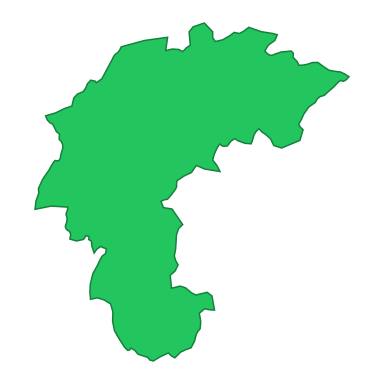 the Province of North Chungcheong
{"feature_id": "KOR-2494", "entity_name": "North Chungcheong", "entity_type": "Province", "adm_level": 1, "iso_a3": "KOR", "parent_name": "South Korea", "parent_adm1": "", "projection": "mercator", "projection_center": [127.84, 36.597], "detail": "fine", "context": "isolated", "style": "filled", "palette": "green", "viewbox_px": 384, "rotation_deg": 0, "n_neighbors": 0, "source": "natural_earth", "source_scale": "10m", "svg_char_len": 2774}
<svg xmlns="http://www.w3.org/2000/svg" viewBox="0 0 384 384"><path d="M96.3,82.7L101.8,78.9L112.2,59.5L113.3,57.1L114.6,55.0L116.2,53.6L118.0,52.4L119.8,49.8L121.3,46.8L144.4,40.5L167.6,37.3L165.7,50.6L172.3,49.0L179.0,49.5L180.8,50.6L182.7,51.5L184.4,50.0L185.9,48.2L190.3,45.2L189.1,31.9L193.2,26.8L204.3,23.0L212.7,31.8L212.7,37.7L215.4,41.5L222.6,39.8L229.8,35.7L234.2,32.4L239.4,33.5L243.7,31.2L248.8,27.3L260.9,31.6L273.4,33.6L277.3,34.8L274.8,40.5L268.5,45.0L264.8,50.8L267.1,53.5L270.2,55.3L272.2,55.3L274.2,54.4L280.8,52.1L291.2,51.0L293.4,53.3L293.0,57.2L297.3,61.8L298.9,65.3L302.9,65.1L307.5,64.2L312.8,62.5L318.0,62.5L323.2,66.4L328.9,70.2L334.6,71.3L340.2,71.9L344.6,73.9L349.0,76.7L346.3,79.7L343.4,81.4L340.8,80.4L338.6,81.8L333.6,87.1L328.1,91.8L324.4,95.3L319.9,96.7L317.2,99.0L315.3,102.4L308.6,107.2L303.8,114.1L301.5,119.2L298.7,124.3L300.2,127.0L303.1,129.7L299.9,140.4L281.6,148.0L273.8,145.5L270.6,138.9L265.5,134.4L261.8,131.9L259.0,128.7L256.1,131.5L253.9,135.1L252.8,139.3L251.2,143.8L245.0,143.3L238.2,140.9L234.7,138.7L231.0,141.1L227.4,145.9L223.0,146.3L219.5,144.0L216.9,148.4L214.2,154.4L212.7,160.0L216.9,165.4L220.0,171.5L204.6,169.0L196.3,165.4L191.5,172.5L183.9,176.1L177.1,180.7L176.5,184.0L176.7,186.5L175.5,189.3L170.5,195.9L167.4,199.3L164.2,199.8L161.0,201.3L163.4,207.6L172.0,209.0L182.7,224.6L178.7,228.4L176.5,234.6L175.6,249.4L174.3,255.9L175.7,260.6L178.1,264.9L175.0,271.1L170.2,275.3L171.5,288.2L180.2,286.1L185.5,287.8L191.7,293.0L195.9,295.0L207.1,292.3L212.0,296.0L214.5,310.1L209.9,309.8L204.6,308.8L199.3,313.3L200.6,320.6L200.6,324.3L200.1,328.8L198.0,331.3L196.3,334.3L194.5,341.2L191.1,347.8L185.7,349.7L180.3,352.3L177.6,355.2L174.8,357.8L171.6,356.1L168.4,353.0L160.3,356.7L153.3,361.0L149.8,360.0L147.8,357.4L138.0,354.2L134.7,350.3L131.0,348.1L129.6,350.0L127.9,350.5L125.8,348.6L123.9,346.3L119.0,338.6L114.5,330.7L112.6,321.4L112.9,312.1L110.7,304.0L104.0,299.9L97.5,297.8L90.5,299.3L89.9,291.6L90.3,284.1L92.9,273.6L97.8,264.7L99.8,260.2L102.0,256.2L105.6,253.5L106.4,248.8L103.6,247.8L100.6,246.5L96.9,249.1L94.1,253.0L91.8,245.8L91.4,241.0L88.7,239.6L89.1,236.5L86.1,235.7L83.5,239.4L76.5,241.0L69.9,239.1L70.7,234.4L69.5,231.3L67.6,230.4L66.0,228.7L65.3,226.7L65.8,224.6L66.7,222.0L67.1,219.2L66.9,217.8L66.7,216.4L66.0,214.7L66.4,212.6L67.5,210.1L67.7,207.1L51.1,206.1L35.0,209.3L36.0,200.9L38.8,193.1L38.4,188.6L42.6,179.3L48.7,170.5L53.3,162.5L55.1,160.5L57.2,160.9L59.2,160.3L60.3,158.2L60.6,155.9L61.3,152.9L62.3,150.0L62.9,146.9L62.4,143.9L61.0,141.1L59.2,139.5L59.4,133.9L56.5,131.8L52.8,124.3L49.8,122.6L47.3,119.9L45.6,115.8L55.3,113.0L64.6,108.5L71.9,106.0L73.8,98.0L77.4,94.1L83.0,91.7L85.6,88.3L87.4,83.8L90.8,80.2L95.1,81.1L96.3,82.7Z" fill="#22c55e" stroke="#15803d" stroke-width="1.5"/></svg>